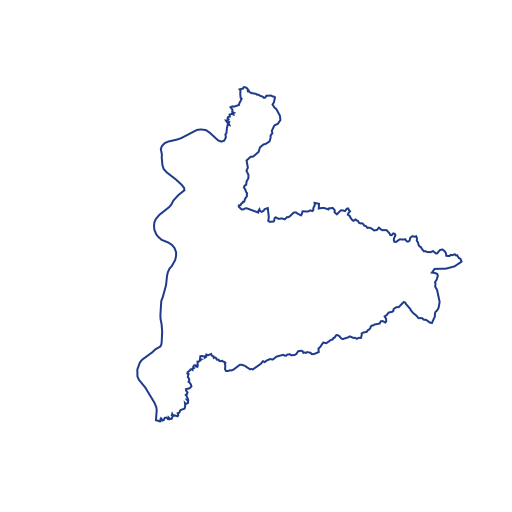 São Borja, Rio Grande do Sul, Brazil, rotated 328°
{"feature_id": "56859067B95150406275386", "entity_name": "São Borja", "entity_type": "district", "adm_level": 2, "iso_a3": "BRA", "parent_name": "Brazil", "parent_adm1": "Rio Grande do Sul", "projection": "natural_earth1", "projection_center": [-55.782, -28.711], "detail": "fine", "context": "isolated", "style": "outline", "palette": "blue", "viewbox_px": 512, "rotation_deg": 328, "n_neighbors": 0, "source": "geoboundaries", "source_scale": "gbopen_adm2", "svg_char_len": 6146}
<svg xmlns="http://www.w3.org/2000/svg" viewBox="0 0 512 512"><g transform="rotate(328 256 256)"><path d="M294.5,136.7L293.3,139.5L290.1,141.3L287.2,140.6L285.1,137.8L282.2,127.2L280.2,122.6L276.2,119.4L272.7,117.8L255.1,116.4L251.0,115.5L242.4,112.5L238.4,111.9L234.5,112.9L232.0,114.8L230.0,120.0L228.2,122.6L224.7,129.6L223.8,133.3L224.6,137.8L228.5,148.3L230.7,156.3L231.1,160.0L230.2,162.3L222.4,163.2L215.3,165.2L211.5,167.5L208.4,168.5L195.8,169.9L190.8,171.5L188.0,173.3L185.6,176.2L183.7,179.9L182.9,184.8L183.2,187.7L184.5,192.2L189.0,198.5L190.7,202.4L191.1,206.3L190.2,210.5L188.3,213.5L185.3,216.6L179.3,219.9L176.1,220.8L172.7,223.0L170.2,225.5L164.2,233.1L155.2,241.4L151.8,244.0L143.7,255.3L141.7,258.8L139.7,264.0L136.3,270.5L130.4,279.0L128.8,280.9L126.8,282.1L121.3,281.8L117.1,282.7L104.5,283.6L101.1,284.8L95.1,289.5L91.6,295.4L91.1,299.0L92.4,308.8L92.1,326.6L91.4,331.1L90.3,333.8L84.1,342.3L85.8,343.9L86.3,344.9L87.4,345.6L88.5,343.8L89.4,343.3L89.7,346.1L90.9,346.2L92.8,344.9L94.7,345.7L94.8,347.5L95.7,348.3L96.4,347.0L96.8,348.6L98.2,349.4L101.0,347.2L102.1,347.6L104.6,350.4L105.7,349.8L106.3,347.8L107.5,348.2L108.6,347.9L109.4,347.0L110.6,346.7L114.5,347.6L116.5,345.7L117.8,343.1L118.0,344.3L120.5,344.6L121.4,343.1L121.2,341.1L122.3,341.8L123.0,338.1L122.8,336.6L124.5,336.4L125.6,335.4L125.4,333.2L126.0,331.8L129.5,333.0L132.1,332.4L132.7,330.5L132.6,328.2L132.1,327.0L133.8,325.8L134.2,324.0L134.0,322.5L136.3,320.3L135.5,319.3L136.7,318.2L139.1,318.1L140.3,317.5L141.2,317.8L141.8,319.0L142.8,317.7L144.0,318.1L144.3,316.5L145.7,316.0L146.9,316.7L146.6,318.0L147.5,318.9L148.4,318.3L150.4,314.6L151.8,315.2L154.8,314.8L153.8,313.8L155.7,311.5L157.3,312.2L158.8,314.0L162.1,313.8L162.9,314.8L166.0,315.3L165.8,316.9L166.7,318.6L166.2,320.0L167.3,320.1L168.1,321.5L167.8,323.1L169.4,324.2L169.2,325.3L170.1,326.4L171.8,326.9L172.2,328.2L173.3,329.3L173.4,330.5L172.4,330.9L171.8,332.9L169.8,335.5L169.6,337.5L171.2,338.7L173.3,339.1L174.7,340.1L176.8,340.4L184.6,339.7L186.5,340.9L188.3,343.2L190.9,348.9L192.3,349.4L193.2,350.5L202.9,350.0L206.2,348.9L207.1,350.6L209.6,350.3L213.4,350.9L215.3,352.7L220.2,352.2L226.7,354.2L227.7,356.0L229.0,356.5L229.9,356.1L232.6,357.2L233.2,358.8L236.2,360.4L238.1,360.5L241.4,359.1L244.1,360.3L245.1,361.6L244.9,363.3L246.2,363.6L246.9,364.6L248.4,364.6L251.0,367.0L251.2,368.6L252.9,369.8L258.3,370.7L260.0,367.5L261.9,367.3L267.2,365.0L269.4,367.2L274.9,366.9L276.8,367.4L278.3,366.5L279.4,366.9L281.9,365.7L282.9,365.9L284.2,368.0L284.6,371.0L285.5,372.4L291.4,373.9L293.0,373.9L295.2,377.1L296.7,377.9L297.6,379.6L299.9,379.9L301.6,381.1L304.0,378.8L304.5,377.7L306.0,377.7L309.9,379.0L311.3,378.2L313.1,378.3L315.1,377.5L316.0,376.6L317.2,376.3L318.5,377.0L320.2,376.9L325.0,378.8L327.3,377.5L328.9,378.3L330.5,381.0L331.8,380.4L333.0,378.3L333.1,375.4L335.1,375.4L338.7,374.3L341.9,375.5L343.3,375.4L344.2,374.2L345.5,373.8L347.9,373.8L350.0,375.0L356.8,373.3L357.9,374.6L357.7,376.1L358.8,382.8L358.5,383.9L359.1,387.9L360.4,391.4L360.9,394.8L364.0,396.8L364.5,398.9L366.4,400.3L368.3,404.8L369.7,406.0L375.6,402.1L377.4,399.5L378.7,398.5L381.1,398.0L383.5,396.6L387.4,392.2L391.6,380.7L391.7,377.0L393.5,374.7L393.9,373.1L396.7,371.8L399.8,369.0L400.2,367.2L398.4,364.9L396.4,363.3L400.6,361.6L410.4,367.4L418.9,370.0L427.3,369.7L427.9,366.7L427.0,365.4L426.9,361.9L425.9,361.5L425.5,359.9L422.8,359.3L421.7,358.2L420.1,358.6L417.5,356.7L418.6,354.0L418.5,351.9L417.6,349.3L415.2,348.4L410.9,349.8L409.9,349.1L408.7,345.6L406.1,345.3L403.5,343.5L401.9,341.4L400.9,341.1L400.4,337.7L400.6,336.1L399.8,334.6L399.7,332.8L400.5,330.5L400.5,328.1L401.9,326.3L402.3,324.1L400.6,323.7L399.3,322.1L396.7,322.2L394.3,324.4L392.9,324.5L392.0,324.0L391.5,322.8L391.4,320.8L389.9,320.3L386.7,318.0L382.3,318.3L380.9,317.3L381.3,315.5L382.5,314.1L385.3,312.2L385.4,310.7L384.4,309.6L382.1,310.2L381.0,309.5L381.2,307.5L380.4,303.2L376.9,301.1L375.9,299.4L375.3,297.1L372.2,298.0L369.7,296.9L368.4,293.6L366.8,291.8L365.4,291.3L365.1,289.0L363.9,287.5L363.8,285.7L363.3,284.4L361.9,283.8L361.0,282.6L361.0,280.2L360.1,279.1L359.9,277.8L357.2,277.8L356.6,276.0L356.4,273.3L356.8,272.2L355.8,269.7L357.1,268.6L359.5,267.8L359.1,266.3L359.4,264.6L358.1,264.0L355.3,265.1L353.1,262.7L351.7,262.3L346.7,263.5L345.8,260.6L347.0,258.9L346.5,255.9L342.9,254.2L342.1,254.9L339.5,251.7L337.8,250.4L334.4,249.0L337.1,245.1L333.8,242.0L333.0,243.8L329.9,245.9L328.9,247.4L327.7,247.8L326.2,246.1L324.1,245.9L322.8,245.3L319.2,242.8L316.7,245.0L315.7,245.4L313.6,241.9L313.0,240.2L311.1,239.2L305.3,240.3L304.0,240.2L303.0,239.5L299.8,240.1L297.7,237.7L295.1,236.7L293.1,233.6L291.8,233.8L290.3,235.5L289.2,236.1L285.6,234.2L285.0,232.6L287.3,230.1L291.4,221.6L288.2,220.9L286.0,221.7L284.1,221.5L283.2,219.6L283.6,218.2L282.2,218.8L280.9,220.3L273.4,210.6L272.1,209.9L269.6,209.7L268.5,208.9L267.5,205.2L268.2,204.0L270.0,204.7L271.4,203.7L272.6,203.9L273.7,203.1L274.8,203.7L276.8,201.9L280.2,200.3L280.6,199.2L281.7,198.1L281.5,196.4L282.1,194.3L282.1,191.4L283.7,190.3L285.4,190.4L287.5,187.8L290.9,185.9L292.6,183.1L293.1,178.6L295.9,176.8L298.6,170.0L304.0,169.0L305.4,169.9L306.8,170.1L313.3,169.1L316.9,166.0L321.3,165.4L324.0,166.1L328.2,166.0L330.8,163.7L332.4,161.4L334.9,160.6L335.7,158.3L340.1,155.4L341.2,155.0L344.5,155.5L348.8,153.6L350.6,149.7L351.1,142.1L350.3,139.9L350.3,136.3L352.6,135.2L356.2,131.5L355.6,130.2L354.5,129.4L353.9,128.0L349.7,125.6L348.1,126.5L346.6,126.2L346.2,124.6L344.3,122.2L343.6,120.6L342.3,119.7L342.0,118.6L338.5,115.4L337.7,114.2L337.2,113.0L337.5,111.9L336.5,111.8L337.5,109.5L336.6,107.6L335.2,106.3L333.6,107.1L330.4,106.0L330.5,107.5L328.3,110.6L326.7,114.0L327.1,115.1L322.7,117.7L321.6,118.9L316.4,117.7L315.3,116.6L313.3,116.3L313.6,119.4L312.2,121.2L313.2,122.9L312.0,122.7L311.8,124.0L310.6,122.6L308.5,122.1L307.7,123.9L306.0,123.4L304.9,124.0L305.1,125.8L303.8,126.0L302.3,125.1L302.4,127.5L304.1,128.2L303.0,129.1L302.8,130.8L301.7,129.6L299.0,132.2L296.1,136.1L294.5,136.7ZM101.0,347.2L100.3,346.4L101.2,345.6L101.0,347.2ZM160.7,314.0L159.3,315.1L160.4,315.1L160.7,314.0Z" fill="none" stroke="#1e3a8a" stroke-width="2"/></g></svg>